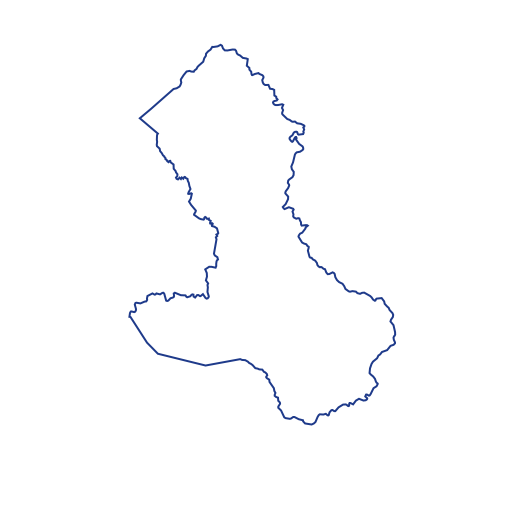 the district of El Porvenir, Francisco Morazán, Honduras, rotated 133°
{"feature_id": "27666195B45920652298174", "entity_name": "El Porvenir", "entity_type": "district", "adm_level": 2, "iso_a3": "HND", "parent_name": "Honduras", "parent_adm1": "Francisco Morazán", "projection": "mercator", "projection_center": [-87.232, 14.709], "detail": "fine", "context": "isolated", "style": "outline", "palette": "blue", "viewbox_px": 512, "rotation_deg": 133, "n_neighbors": 0, "source": "geoboundaries", "source_scale": "gbopen_adm2", "svg_char_len": 6106}
<svg xmlns="http://www.w3.org/2000/svg" viewBox="0 0 512 512"><g transform="rotate(133 256 256)"><path d="M120.5,378.9L123.7,381.0L126.2,382.0L126.4,382.3L126.0,383.4L124.5,385.2L124.2,387.9L123.0,389.1L123.1,392.5L117.6,396.3L118.1,397.7L120.1,400.8L120.2,404.4L120.9,406.4L120.9,408.1L119.5,410.6L119.4,412.1L120.9,413.9L125.2,417.1L126.9,419.1L126.7,421.7L125.4,424.3L125.7,425.9L128.8,427.0L132.2,429.7L132.9,430.6L136.1,430.0L139.1,430.6L142.1,430.5L143.8,429.2L146.7,428.7L149.9,427.1L156.0,427.7L157.7,427.7L159.7,427.1L162.1,427.5L163.7,427.2L165.3,429.2L165.9,430.8L168.4,432.6L173.0,432.3L178.1,431.4L179.1,430.4L180.0,429.0L182.1,428.0L184.1,427.5L187.4,428.4L190.1,430.2L219.8,433.1L234.5,434.9L233.4,411.2L234.5,411.1L235.6,410.4L238.7,407.7L239.9,406.2L242.4,404.4L243.2,403.3L243.2,399.7L244.7,397.6L245.0,395.1L245.8,392.7L245.7,390.9L246.1,390.3L246.2,388.8L246.9,388.3L246.7,386.4L247.2,385.6L247.0,384.0L245.6,384.2L244.9,383.6L245.7,382.2L245.3,378.7L248.3,375.7L248.7,372.7L249.4,371.5L249.8,369.2L251.3,368.0L253.2,368.0L253.7,366.7L253.2,365.3L250.8,365.3L250.9,363.4L249.2,363.8L249.1,361.9L247.4,362.3L246.8,362.1L246.6,361.5L246.9,360.6L246.3,358.7L247.5,357.2L248.3,355.1L250.2,352.5L251.7,349.6L255.3,348.8L256.7,348.1L256.4,347.3L254.3,346.2L254.2,345.4L258.6,342.8L261.9,342.1L262.9,338.3L263.8,331.0L264.7,330.4L267.6,329.8L268.1,329.4L267.3,323.2L266.6,321.4L265.1,319.1L264.3,319.1L263.2,319.9L262.1,319.8L261.9,319.0L262.2,317.1L260.8,316.0L261.7,315.2L261.2,313.1L263.1,312.2L263.5,311.7L263.2,311.1L262.0,310.6L261.9,309.7L262.4,309.4L263.7,309.2L264.1,308.6L262.9,306.3L262.4,303.4L265.0,299.2L265.5,299.0L267.3,299.6L267.8,298.0L269.7,298.1L270.7,296.3L283.0,288.3L283.7,286.5L283.2,283.5L284.5,281.4L285.5,281.6L286.7,281.3L288.7,279.9L290.5,278.2L292.1,277.6L294.2,281.1L295.8,282.9L300.4,284.0L302.0,280.4L304.5,277.8L308.0,276.0L308.7,272.3L310.3,271.7L311.8,269.8L315.4,267.0L317.7,263.0L318.7,262.5L320.0,262.5L320.9,263.1L321.1,264.4L320.1,268.8L323.2,269.2L323.6,269.7L323.8,271.4L324.7,272.4L327.9,272.2L328.2,274.0L326.9,275.4L327.5,276.4L328.5,276.7L330.3,276.6L333.1,278.2L333.3,279.1L332.9,280.7L335.9,284.2L338.2,290.3L339.5,290.6L341.2,288.6L342.1,288.2L343.2,288.5L345.2,289.7L348.4,289.7L349.5,290.3L349.9,291.3L346.2,297.3L346.0,298.6L346.8,299.3L349.5,300.0L351.3,303.3L352.7,303.3L353.4,303.8L354.0,306.2L359.3,308.1L361.5,306.7L362.3,305.7L364.0,305.3L365.4,306.4L369.5,308.2L371.8,311.7L372.6,312.1L374.2,311.5L376.7,307.5L377.8,306.7L379.1,306.4L380.1,306.8L381.5,309.3L382.0,309.7L383.6,309.3L386.8,307.1L386.2,306.2L393.7,276.6L394.4,261.1L370.5,218.2L342.2,197.2L341.5,195.3L339.5,192.8L338.8,189.8L338.9,187.9L338.4,186.5L338.1,184.2L338.5,180.0L337.2,177.9L336.7,176.3L334.8,173.9L335.3,171.2L334.8,169.8L334.9,167.6L335.6,166.4L337.3,166.2L337.8,165.7L337.9,164.6L337.4,162.0L338.9,160.2L340.5,152.8L342.2,150.5L342.9,148.4L344.7,147.7L345.5,147.0L345.4,145.1L344.6,143.3L346.7,141.0L346.8,138.9L347.1,138.2L347.7,137.6L350.9,137.0L351.8,136.2L351.9,132.3L354.7,125.3L354.4,123.8L352.0,120.2L351.1,119.6L348.4,119.0L347.5,118.0L346.2,113.4L344.1,109.6L344.8,108.7L345.0,105.9L341.3,100.4L339.1,99.5L336.9,99.3L331.6,101.2L329.6,101.6L328.3,101.4L326.0,98.6L323.8,97.3L323.7,95.0L323.3,94.4L322.7,94.3L320.2,95.6L317.3,95.7L316.5,95.1L316.1,93.0L315.4,92.2L310.4,92.4L305.3,91.0L303.3,89.1L303.0,87.9L303.0,86.6L302.6,85.9L302.0,85.8L300.4,87.1L299.7,87.3L299.1,86.6L298.3,83.8L293.6,84.3L290.2,83.3L288.4,78.8L286.7,77.4L285.3,77.1L284.5,77.3L284.2,77.8L284.2,80.3L282.3,81.0L281.7,80.5L281.1,78.1L280.4,77.8L278.8,78.0L272.5,79.9L269.1,79.0L266.8,79.6L266.3,80.0L266.4,81.4L266.1,82.6L264.7,85.2L264.2,88.1L264.4,91.4L264.2,93.1L260.4,96.0L256.1,97.9L253.5,98.4L248.2,97.7L245.3,98.6L243.4,98.1L240.3,98.4L235.4,95.9L229.9,96.3L227.1,94.8L225.1,94.8L224.4,95.4L223.3,98.0L222.0,99.7L220.5,100.3L219.8,100.2L218.6,100.6L216.8,102.4L212.8,108.3L212.2,113.0L210.6,113.8L207.3,114.3L205.5,115.5L204.7,117.2L204.4,121.4L203.4,123.7L203.5,125.5L203.2,129.3L201.8,131.3L201.1,135.4L204.9,138.7L205.5,138.8L207.2,138.3L207.7,138.6L208.0,140.8L207.4,143.3L207.4,145.3L209.0,151.9L210.6,153.3L212.7,154.1L214.0,156.5L213.9,158.6L215.9,161.5L218.0,162.9L218.6,164.1L219.1,168.1L217.9,170.9L217.3,173.8L218.4,177.4L218.4,180.3L217.4,183.5L215.5,186.2L215.3,187.3L215.7,188.8L219.2,190.1L220.4,191.2L220.1,193.4L218.6,196.5L219.3,197.9L219.4,200.4L219.8,201.1L220.6,201.5L221.0,203.1L220.7,205.0L219.6,206.6L219.0,209.5L219.7,212.2L219.4,214.1L220.2,215.2L220.1,216.3L216.7,221.7L214.0,223.1L213.3,223.8L213.6,225.2L213.1,227.2L214.2,229.5L214.7,231.5L212.9,238.1L211.8,238.7L209.6,239.0L207.4,238.1L202.2,238.6L201.2,239.2L198.5,238.8L198.6,239.6L199.4,240.6L202.6,243.3L202.3,244.4L200.6,246.2L200.0,248.1L199.0,249.9L199.6,251.0L201.3,252.0L202.0,254.7L201.6,255.9L200.0,257.0L198.6,259.6L196.4,260.1L196.1,261.0L197.9,265.2L202.2,267.1L202.3,268.2L201.9,269.8L197.8,269.7L192.6,271.3L190.6,273.0L190.2,277.2L189.5,277.9L188.3,278.4L184.5,278.8L181.8,279.8L181.3,280.4L180.8,282.6L178.8,283.9L177.4,283.9L173.5,283.1L171.2,283.7L168.7,285.8L168.1,288.9L166.5,291.2L162.2,292.8L155.3,296.7L154.0,297.0L152.4,296.9L149.7,294.9L146.7,294.2L145.5,294.4L144.5,295.6L144.1,296.7L144.6,300.9L143.6,305.8L143.5,306.2L142.1,306.7L141.6,307.8L142.0,308.2L142.9,308.3L146.9,307.2L147.7,307.3L148.0,307.9L147.9,309.4L147.5,311.2L146.9,311.9L145.4,312.2L142.9,311.7L140.0,312.5L138.7,312.2L137.6,311.3L137.3,310.4L138.3,308.5L138.2,307.6L134.7,304.7L133.3,305.2L132.8,306.2L130.6,307.1L129.7,309.1L128.4,308.9L127.8,309.4L127.8,310.2L128.8,313.4L130.9,316.4L131.1,319.2L132.7,320.6L133.2,321.5L133.5,324.2L134.5,326.6L134.4,332.7L134.2,333.8L133.5,334.5L130.8,335.7L130.0,338.0L126.8,339.2L127.2,340.4L130.5,342.8L132.1,344.4L132.7,345.6L132.7,347.1L132.2,348.2L131.2,348.6L130.1,348.2L128.1,346.9L126.8,347.0L126.6,348.9L125.7,349.9L126.1,352.0L122.1,356.0L122.6,357.7L124.1,359.8L122.4,363.6L124.7,365.9L125.0,367.7L124.5,369.3L123.1,371.4L120.4,372.2L119.6,373.1L119.4,374.6L120.6,377.9L120.5,378.9Z" fill="none" stroke="#1e3a8a" stroke-width="2"/></g></svg>